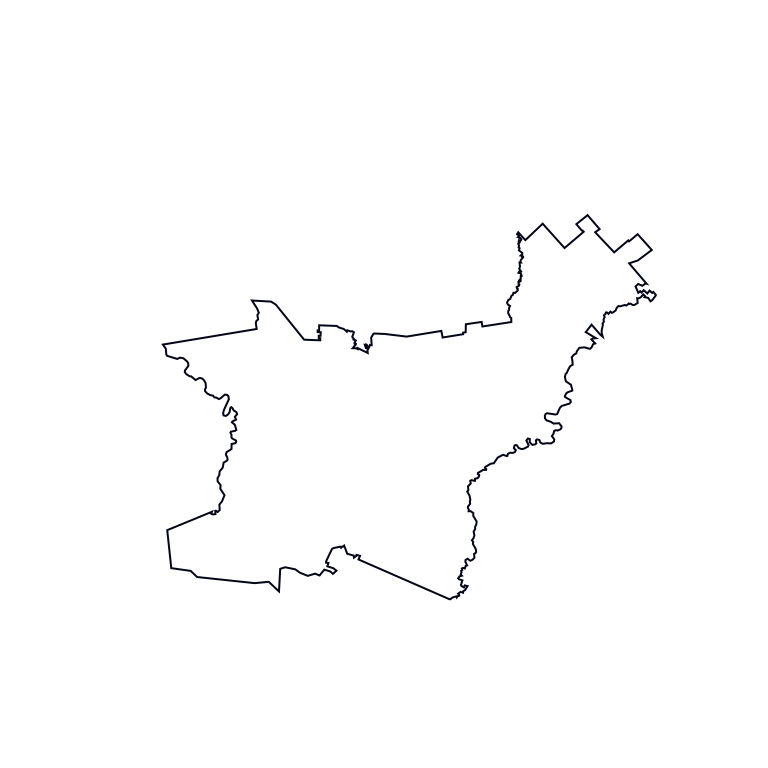 Montemorelos, Nuevo León, Mexico, rotated 310°
{"feature_id": "50627088B84903506613222", "entity_name": "Montemorelos", "entity_type": "district", "adm_level": 2, "iso_a3": "MEX", "parent_name": "Mexico", "parent_adm1": "Nuevo León", "projection": "albers", "projection_center": [-99.737, 25.166], "detail": "fine", "context": "isolated", "style": "outline", "palette": "ink", "viewbox_px": 768, "rotation_deg": 310, "n_neighbors": 0, "source": "geoboundaries", "source_scale": "gbopen_adm2", "svg_char_len": 6166}
<svg xmlns="http://www.w3.org/2000/svg" viewBox="0 0 768 768"><g transform="rotate(310 384 384)"><path d="M363.1,229.2L360.3,238.2L358.1,242.3L355.4,242.7L352.6,246.0L349.9,245.8L348.2,246.7L344.3,251.1L272.1,189.3L270.8,194.2L266.7,198.2L266.2,199.8L270.3,209.5L273.1,210.8L274.8,213.9L274.7,218.8L274.0,220.7L272.1,222.5L266.5,222.8L265.1,223.7L264.5,226.1L265.0,230.2L265.9,231.4L265.9,237.1L269.9,238.7L271.2,240.6L271.3,243.2L270.0,246.8L266.7,250.0L264.9,250.3L263.6,251.4L263.1,254.6L263.8,257.9L265.2,260.7L264.7,262.7L265.8,264.3L266.3,267.1L267.6,267.9L273.6,268.9L274.7,270.6L274.8,272.3L272.7,274.9L261.5,278.0L258.4,279.4L256.8,281.2L257.9,283.4L260.4,284.1L263.2,283.8L266.8,281.7L268.1,281.9L268.2,283.1L267.1,286.0L267.6,288.9L266.5,290.9L263.1,290.8L261.6,293.6L258.1,292.0L256.9,292.1L256.9,295.9L253.9,300.4L252.5,300.1L249.1,297.4L248.1,297.5L246.9,300.0L245.0,301.4L244.7,302.7L245.6,307.0L244.6,308.0L243.1,308.2L240.1,305.8L236.1,309.0L230.7,307.2L228.3,308.2L227.0,311.2L225.5,312.8L224.1,312.9L220.7,311.7L216.3,314.2L211.4,314.3L208.5,316.3L204.9,317.0L202.5,319.1L201.5,323.8L198.5,326.0L196.3,333.3L190.1,335.3L185.8,335.4L181.8,339.2L179.0,338.8L178.8,336.5L178.4,336.3L176.0,338.5L174.1,336.7L173.5,335.3L173.7,334.7L175.5,334.3L132.7,311.9L106.2,339.4L116.6,356.1L116.0,364.9L148.3,412.9L158.4,422.9L157.6,436.9L175.7,423.3L180.1,426.1L185.0,435.2L185.4,440.8L188.0,448.9L194.4,453.1L195.9,457.7L203.4,457.6L205.9,463.4L205.7,466.9L210.4,467.6L210.3,463.6L207.9,457.8L211.1,456.5L209.9,454.5L211.1,453.6L224.1,450.2L225.7,450.7L231.2,455.0L230.9,456.4L232.8,456.5L233.2,457.3L234.6,457.4L230.3,465.0L233.1,471.1L231.7,472.6L234.6,473.3L235.4,472.8L237.0,476.1L233.2,477.3L261.2,572.5L261.9,573.3L264.3,573.6L267.9,576.0L267.4,576.9L268.6,576.7L270.2,577.7L270.9,576.9L271.0,575.5L274.0,576.3L274.9,578.7L276.3,577.9L278.2,578.6L282.9,577.9L281.6,575.3L279.6,575.9L279.1,573.3L279.5,572.1L284.0,570.3L282.7,567.1L282.8,565.7L285.2,565.5L287.2,566.9L287.4,565.2L289.8,564.3L290.4,563.2L291.8,563.5L292.7,562.2L293.9,562.8L294.6,564.5L297.0,563.5L298.4,564.3L300.1,560.6L301.6,559.6L303.8,560.3L304.1,563.7L306.0,564.7L309.0,565.0L311.7,562.2L313.3,562.8L314.7,562.5L316.6,560.3L318.6,554.9L320.4,553.8L320.8,551.8L323.3,551.7L326.2,550.5L328.6,547.5L331.4,547.1L333.0,545.7L336.1,544.8L338.2,543.4L340.3,537.2L342.5,535.4L342.3,532.2L340.9,530.6L342.2,529.8L343.2,527.7L344.1,527.1L347.6,527.0L349.4,525.1L350.8,524.6L353.4,521.4L355.1,516.9L356.9,516.9L359.6,514.1L363.5,514.4L365.3,512.3L366.6,512.8L368.2,515.9L370.0,514.6L372.0,516.2L374.4,516.2L375.5,515.4L375.2,513.9L376.2,513.1L382.0,515.2L383.8,517.4L384.4,517.2L384.7,515.2L385.6,514.9L391.5,517.0L393.9,519.1L400.7,518.4L406.3,520.7L407.7,524.4L408.3,524.7L410.0,523.8L411.2,524.2L412.6,525.0L413.8,526.8L415.9,528.0L418.1,527.5L418.2,525.0L418.7,524.5L420.8,523.6L421.8,524.0L422.5,525.4L421.5,528.1L422.5,531.1L424.1,532.6L428.5,534.5L430.1,534.1L432.2,529.4L434.7,529.3L435.6,531.0L433.1,533.1L432.7,536.7L434.8,538.5L436.3,538.9L438.5,536.6L439.9,536.8L441.0,539.0L439.6,541.4L440.2,544.0L443.4,546.9L445.9,550.2L449.2,551.2L451.1,549.9L452.0,546.1L454.6,545.9L457.4,544.5L459.3,545.5L460.0,547.0L462.5,548.2L464.1,548.3L465.7,547.2L466.5,543.3L462.7,539.4L462.3,536.2L460.6,531.8L461.2,529.4L463.1,527.6L464.8,527.1L466.4,527.7L470.8,534.9L472.2,536.0L478.8,534.1L481.4,534.2L488.2,538.7L490.4,538.6L491.5,537.1L490.4,531.3L490.8,530.4L493.9,529.6L495.7,530.0L500.0,532.5L500.4,532.2L503.6,527.7L503.0,521.6L505.6,518.1L508.6,516.6L509.7,516.9L515.5,515.4L517.7,515.2L519.9,516.2L523.0,513.3L525.0,510.7L528.5,510.6L531.0,511.6L533.0,510.7L537.2,510.4L540.8,513.8L543.3,519.2L545.4,519.5L548.9,518.6L550.8,519.7L551.5,514.2L553.3,514.9L555.3,516.9L553.4,505.2L562.9,504.9L560.8,517.8L560.8,521.2L562.8,518.2L565.1,516.2L569.8,513.8L570.7,512.6L573.0,512.4L574.4,510.8L577.1,510.0L578.0,508.3L580.1,508.6L581.4,508.0L582.2,508.9L582.0,510.9L585.0,510.9L584.9,512.6L585.7,513.3L589.1,514.2L592.0,513.3L594.5,513.5L595.3,515.0L599.2,517.6L600.0,519.3L603.0,519.8L602.9,520.4L604.1,521.4L604.4,523.8L605.8,525.2L609.2,526.2L612.4,522.8L613.3,524.0L615.3,524.9L619.3,525.1L619.1,527.6L618.0,527.7L619.8,531.1L618.6,535.0L620.7,535.6L626.5,535.3L627.0,534.9L627.6,531.1L626.1,530.8L626.3,527.4L622.6,527.5L622.8,522.6L619.6,522.6L619.8,520.6L617.3,520.2L620.4,514.0L624.0,514.4L625.3,518.8L629.2,519.7L629.6,520.6L634.0,494.2L641.7,499.0L658.8,503.0L661.8,482.0L650.8,480.1L651.0,478.8L632.8,475.7L636.0,448.2L641.2,449.6L644.2,431.4L630.1,428.6L628.7,436.9L629.2,437.4L629.0,439.1L604.2,434.9L608.8,402.5L585.1,399.8L586.5,389.3L584.2,389.7L584.7,392.5L582.6,392.2L583.5,395.0L583.0,396.3L580.7,396.6L581.0,395.0L579.3,395.8L579.1,397.0L577.6,396.8L576.9,398.5L575.1,399.4L575.2,400.6L573.1,401.5L573.3,405.6L572.5,406.4L570.3,406.2L570.9,407.2L570.2,407.8L571.0,408.7L570.5,409.2L567.1,409.1L565.4,409.8L565.1,410.9L564.1,409.8L561.3,412.8L559.2,413.5L558.3,416.8L557.8,416.7L557.4,415.3L555.6,415.6L556.6,417.3L556.3,418.7L555.3,418.9L555.2,420.0L554.2,419.7L550.7,422.5L550.0,422.3L550.4,421.0L548.7,421.3L547.0,423.0L547.2,423.7L546.2,424.2L543.5,423.3L542.6,424.6L542.9,425.2L541.6,426.3L538.1,425.9L537.1,424.5L535.1,425.4L533.5,424.9L530.4,426.0L528.1,425.2L525.4,426.0L524.5,427.8L524.8,430.4L522.7,430.9L521.3,432.1L519.9,432.2L518.1,433.6L516.2,438.1L516.4,439.0L513.3,441.7L491.3,422.4L494.3,418.9L482.4,408.3L476.1,413.3L474.2,411.6L473.0,412.6L457.3,399.0L461.5,393.8L434.9,370.9L422.8,352.4L416.5,344.2L415.7,343.7L411.4,344.3L405.8,349.6L404.9,348.1L402.5,349.0L401.8,346.8L402.5,346.5L402.2,345.6L402.9,345.4L402.8,344.8L402.0,345.1L401.6,344.2L399.9,347.0L400.6,349.3L398.9,349.9L397.3,351.6L394.6,340.7L393.8,341.3L393.5,339.8L391.3,337.0L395.6,337.0L395.4,336.5L396.8,336.3L396.5,334.9L399.2,334.4L398.5,332.2L399.1,332.2L399.7,329.4L404.3,327.7L404.1,326.0L402.6,324.3L401.6,321.4L400.2,321.9L400.3,317.9L398.3,313.0L398.1,310.5L387.3,296.6L383.4,299.8L382.5,298.7L381.1,299.8L383.0,302.3L380.1,304.4L379.0,303.0L377.2,304.5L378.1,305.7L376.5,307.1L366.6,294.3L375.3,250.1L374.5,244.5L363.1,229.2Z" fill="none" stroke="#020617" stroke-width="2"/></g></svg>